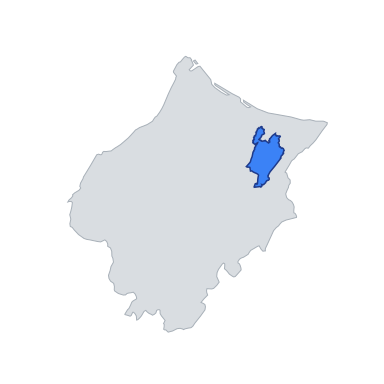 Nawa, Bas-Sassandra, Ivory Coast shown in context, rotated 218°
{"feature_id": "98640826B56207519899242", "entity_name": "Nawa", "entity_type": "district", "adm_level": 2, "iso_a3": "CIV", "parent_name": "Ivory Coast", "parent_adm1": "Bas-Sassandra", "projection": "equal_earth", "projection_center": [-6.491, 5.911], "detail": "fine", "context": "in_parent", "style": "filled", "palette": "blue", "viewbox_px": 384, "rotation_deg": 218, "n_neighbors": 0, "source": "geoboundaries", "source_scale": "gbopen_adm2", "svg_char_len": 8590}
<svg xmlns="http://www.w3.org/2000/svg" viewBox="0 0 384 384"><g transform="rotate(218 192 192)"><path d="M114.0,78.3L114.9,78.3L117.4,77.3L119.6,75.1L121.7,70.6L124.5,66.9L127.7,67.2L128.6,66.5L129.8,66.4L131.1,68.8L132.4,70.6L133.4,70.7L134.1,74.2L139.9,75.6L142.3,76.6L144.4,79.1L145.1,79.2L146.0,78.6L146.7,77.7L146.9,76.8L146.0,74.5L146.4,72.4L147.3,70.6L148.8,70.5L151.0,69.9L153.6,69.9L155.5,70.3L156.3,68.4L155.6,63.3L155.7,60.4L156.1,58.0L156.8,57.0L159.6,60.1L162.3,61.1L164.1,61.2L164.7,60.7L163.9,57.4L164.1,56.4L164.8,55.8L166.0,55.5L169.4,54.1L169.7,54.4L170.3,59.6L170.0,61.3L170.7,64.8L171.6,68.1L171.5,69.4L170.8,71.4L170.0,73.3L170.1,74.1L171.4,75.3L174.0,76.6L176.6,76.9L178.1,75.0L179.6,73.5L180.7,72.1L181.0,70.0L182.7,68.5L187.5,66.7L191.9,66.4L193.0,67.0L195.0,69.8L197.5,71.8L201.3,71.6L204.1,72.7L206.5,74.9L208.2,79.8L209.9,83.3L210.7,88.4L213.5,91.0L215.7,92.2L218.7,95.8L221.8,97.7L225.0,97.3L226.4,99.2L228.8,100.5L231.2,100.6L233.3,96.4L236.0,94.8L243.0,91.4L245.7,89.9L248.5,88.9L255.2,88.6L261.5,89.6L264.6,90.4L266.7,89.9L268.7,91.8L270.8,96.0L272.5,97.4L274.3,98.8L275.6,102.1L277.1,105.4L277.9,106.9L279.8,110.1L281.4,110.2L283.0,108.8L283.7,107.7L284.0,109.9L283.4,113.3L283.5,115.5L284.4,116.3L283.9,119.1L282.1,123.8L282.1,126.6L283.9,127.4L285.3,130.4L286.1,135.4L286.8,137.1L286.9,138.2L288.3,150.4L290.0,162.7L288.9,164.3L287.5,164.8L286.6,165.3L286.3,166.5L286.9,168.2L286.5,169.7L284.8,170.8L280.9,174.7L280.6,176.2L279.6,179.6L278.8,181.6L277.5,185.4L275.5,195.3L274.8,203.6L274.7,206.1L273.9,207.9L273.0,210.5L268.8,217.6L266.7,223.4L267.0,225.9L267.1,228.4L266.4,230.2L266.6,235.1L267.1,239.2L267.9,243.2L271.0,254.6L272.6,261.5L273.6,267.1L274.4,270.9L275.3,272.4L275.6,273.8L280.2,274.9L281.0,275.7L282.3,283.0L282.1,286.2L281.2,287.5L281.2,290.3L281.0,293.7L280.4,295.1L277.8,295.3L276.1,296.6L273.8,296.0L273.6,295.2L272.4,294.9L269.0,292.9L269.5,286.6L268.0,286.3L266.8,287.2L264.4,294.7L263.2,296.0L246.4,292.1L242.7,289.0L238.3,288.3L230.7,288.6L224.4,289.6L222.6,291.5L238.5,290.4L240.2,290.6L241.0,291.7L220.9,294.2L213.2,295.7L211.0,295.3L209.3,292.9L200.9,292.6L199.2,293.4L198.2,295.2L201.5,294.8L206.6,294.7L208.0,296.0L191.8,297.8L180.6,301.2L175.8,303.8L160.1,312.1L150.6,316.0L148.1,317.4L143.7,321.5L138.1,324.0L131.9,328.8L128.0,329.9L127.2,328.3L127.1,320.3L126.5,309.5L126.7,305.3L127.3,301.4L127.3,298.2L129.2,297.0L129.7,295.7L130.0,291.5L131.8,287.6L131.8,281.0L132.3,279.6L132.7,277.8L132.0,273.5L131.0,265.2L130.5,264.7L130.1,265.0L129.1,265.2L125.1,262.3L122.1,261.9L120.0,259.4L119.8,256.7L118.8,255.0L118.1,251.8L117.0,248.2L114.0,245.9L111.2,245.4L109.2,245.9L106.9,245.7L104.2,244.5L102.3,243.1L100.6,240.4L99.0,238.3L97.7,238.6L96.1,238.1L94.5,237.1L94.0,236.3L100.6,227.8L102.8,223.6L103.0,221.1L103.0,218.5L103.7,215.8L103.9,211.8L100.4,197.2L99.4,192.7L98.5,191.3L97.9,190.8L99.7,189.0L102.2,189.4L106.0,190.9L106.9,189.5L109.8,182.1L109.7,179.3L109.4,177.5L111.2,172.4L112.5,170.4L113.2,168.3L113.0,165.5L112.0,164.4L110.6,164.6L109.0,163.9L106.6,162.2L105.3,160.8L105.7,154.1L105.9,152.0L106.8,150.8L108.2,150.5L112.0,150.3L115.1,151.1L117.8,151.5L119.2,151.5L120.4,153.5L121.9,155.5L123.3,155.5L123.8,154.0L123.5,147.4L122.6,143.9L120.5,140.6L115.1,137.7L115.0,133.7L115.6,129.4L116.7,127.8L120.7,125.0L120.0,123.5L118.7,122.0L116.2,120.4L116.8,115.2L116.9,110.5L114.8,111.1L112.6,111.3L110.8,109.9L109.2,107.1L108.9,99.4L109.0,90.4L108.7,86.5L109.3,84.4L111.2,82.4L113.2,79.9L114.0,78.3ZM271.6,296.1L270.8,297.9L266.5,296.8L267.5,295.3L271.6,296.1Z" fill="#d9dde1" stroke="#a8b0b8" stroke-width="1"/><path d="M142.8,272.8L142.9,272.7L143.2,273.0L143.2,273.5L143.6,274.4L143.7,274.9L143.9,275.3L143.8,275.6L143.7,276.4L143.6,276.7L143.7,276.9L143.6,277.0L143.8,277.6L143.9,277.9L143.9,278.0L143.7,278.0L143.5,278.3L143.5,278.5L143.6,278.8L143.9,279.1L144.3,279.1L144.3,279.3L144.5,279.5L144.6,279.9L144.8,280.5L145.0,280.6L145.1,280.8L145.1,281.1L145.0,281.5L146.7,282.4L147.2,282.3L147.7,282.4L148.0,282.2L148.0,281.8L148.2,281.6L148.5,281.7L148.8,281.6L149.2,281.6L149.4,281.8L149.9,281.9L150.1,281.8L150.3,281.5L150.7,281.6L150.8,281.8L151.2,281.6L151.4,281.8L152.7,283.3L153.4,283.7L154.3,283.8L154.4,284.0L154.4,284.3L154.4,284.6L154.4,285.4L154.6,285.6L154.7,286.0L154.8,286.1L155.0,286.3L155.1,286.5L155.3,286.6L155.4,286.8L155.7,286.9L155.8,286.8L156.0,286.8L156.1,287.0L156.4,287.1L156.6,287.2L156.6,290.1L156.9,290.3L157.4,290.2L157.4,289.8L157.5,289.8L157.6,289.6L157.8,289.5L158.0,289.5L158.5,289.3L158.7,289.2L159.0,289.1L159.1,288.8L159.3,288.8L159.6,288.5L159.9,288.4L160.0,288.2L160.4,288.6L160.6,288.4L161.5,288.3L162.3,289.5L163.3,286.1L163.4,284.2L163.2,284.0L163.4,283.0L163.3,282.4L163.4,281.9L163.6,281.8L163.6,281.7L163.3,281.5L163.0,281.1L162.9,280.8L163.1,280.5L163.2,280.1L162.9,279.6L162.6,279.7L162.4,279.6L162.2,279.8L161.9,279.4L161.8,279.2L161.6,279.2L161.8,278.5L162.0,278.3L162.0,278.2L161.8,277.9L161.9,277.7L165.5,277.7L165.8,277.3L166.0,277.4L166.2,277.2L166.3,277.4L166.5,277.1L166.7,276.8L166.9,276.3L167.3,276.1L167.5,275.8L167.6,275.7L168.0,275.3L168.0,275.1L168.3,275.0L168.8,275.1L168.9,274.9L169.3,275.2L169.6,275.1L170.0,275.0L170.0,274.8L170.1,274.7L170.4,274.8L170.6,274.8L170.8,274.5L171.0,274.3L171.0,274.1L171.2,274.5L171.4,274.5L171.6,274.5L171.6,275.0L171.4,275.1L171.3,275.3L171.4,275.6L171.5,275.7L171.6,275.9L171.5,276.1L171.5,276.3L171.3,276.6L171.3,277.1L171.4,277.5L171.4,277.8L171.5,278.1L171.4,278.3L171.4,278.5L171.7,278.9L171.7,279.0L171.9,279.2L171.9,279.4L172.0,279.6L172.0,279.9L171.9,280.0L171.8,280.3L171.7,280.5L171.5,281.0L171.5,281.3L171.2,281.4L171.1,281.6L171.1,282.1L171.0,282.3L170.9,282.6L171.3,282.9L171.7,283.4L172.1,283.5L172.5,283.8L172.8,283.9L172.9,284.0L173.1,284.6L173.3,285.4L173.4,285.5L173.6,285.7L173.8,285.6L173.8,285.3L173.8,285.2L174.8,285.3L175.3,285.6L176.0,285.2L176.3,285.5L176.5,285.9L176.8,286.4L177.0,286.5L177.3,286.4L177.6,286.3L177.8,285.9L177.8,285.7L178.1,285.2L178.0,284.8L178.0,284.4L178.1,284.2L178.1,283.9L178.5,283.6L178.6,283.2L178.6,282.9L178.9,282.7L179.0,282.8L179.0,282.2L179.2,281.9L179.1,281.7L178.8,281.5L178.8,281.1L178.6,280.8L178.5,280.5L178.4,280.3L178.4,280.2L178.5,280.1L178.6,279.7L178.5,279.3L178.5,279.1L178.4,278.9L178.3,279.0L178.2,278.9L178.1,279.0L177.7,278.2L177.8,278.0L177.6,278.0L177.5,277.7L177.3,277.4L177.1,276.8L177.0,276.4L176.9,276.1L177.0,275.8L177.0,275.7L176.8,275.6L176.7,275.5L176.9,275.4L177.1,275.3L177.2,275.2L177.1,274.8L177.1,274.5L177.1,274.4L177.3,274.2L177.1,273.9L177.1,274.0L176.9,273.8L176.9,273.5L176.9,273.3L176.7,273.4L176.7,273.2L176.4,273.0L176.5,272.8L176.2,272.5L176.0,272.1L176.0,271.9L175.9,271.6L175.8,271.2L175.7,271.2L175.6,271.5L175.4,271.5L175.5,271.3L175.4,271.1L175.5,271.0L175.4,270.9L175.3,270.5L175.4,270.4L175.5,270.3L175.6,270.2L175.6,269.8L174.9,269.2L174.7,269.3L174.5,269.0L174.4,269.0L174.5,268.6L174.5,268.4L174.0,268.2L171.7,268.3L170.6,271.5L170.5,271.4L170.5,271.1L170.7,270.8L170.3,270.2L170.4,269.9L170.4,269.6L170.6,269.4L170.6,269.2L170.5,268.6L170.4,268.6L170.5,268.3L170.4,268.3L170.4,268.0L170.4,267.8L170.4,267.6L170.1,267.2L170.0,266.9L169.8,266.8L170.0,266.0L169.8,265.1L169.7,265.0L169.5,264.9L169.4,264.8L169.2,264.7L169.2,264.4L168.9,264.2L168.8,263.4L168.9,263.1L168.8,262.6L168.6,262.4L168.4,262.1L168.5,261.7L168.4,261.4L168.5,261.1L166.4,256.9L165.6,254.1L164.9,252.6L164.5,251.2L164.8,245.5L164.4,245.6L164.0,245.5L163.7,245.7L162.5,246.6L161.5,247.0L158.8,244.5L158.0,245.4L155.9,245.5L155.7,245.6L154.9,245.7L153.1,246.2L151.8,246.5L151.0,246.5L150.0,246.3L149.9,246.2L149.0,244.3L147.7,242.1L146.3,240.1L146.3,239.8L146.2,239.3L146.1,239.2L145.6,239.0L145.5,238.7L145.5,238.4L145.6,238.2L145.7,238.3L146.1,238.4L146.4,238.4L146.5,238.3L146.6,238.1L146.8,238.0L146.9,237.7L147.1,237.6L147.2,237.3L147.2,237.1L147.0,236.9L146.8,236.1L146.8,235.8L146.4,235.1L146.3,234.7L146.3,234.4L146.1,234.2L145.9,234.1L145.7,234.4L145.6,234.2L145.6,234.3L141.4,238.5L140.8,238.3L140.6,239.0L140.7,239.4L140.6,239.6L140.8,240.0L141.0,240.2L141.4,240.7L141.6,240.8L140.7,241.1L140.6,241.3L140.6,241.6L140.5,242.0L140.4,242.1L140.1,242.1L139.9,243.4L139.9,244.0L139.7,244.5L139.8,244.7L139.8,244.8L139.9,245.1L140.0,245.3L140.0,245.6L140.0,246.0L140.1,246.3L140.0,246.5L140.1,246.9L139.8,247.4L139.6,247.5L139.5,248.0L139.0,248.4L139.0,248.8L138.9,249.2L139.0,249.6L139.2,249.8L139.6,250.3L139.8,250.5L140.3,250.6L140.7,250.4L141.2,250.7L141.4,250.7L141.7,251.0L141.8,251.5L142.1,251.6L142.1,252.0L142.2,252.3L142.3,252.3L142.9,255.9L142.7,263.2L142.8,272.8Z" fill="#3b82f6" stroke="#1e3a8a" stroke-width="1.5"/></g></svg>